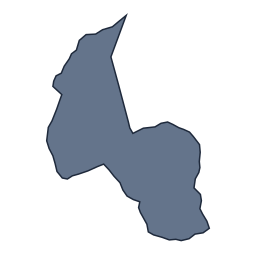 outline of Campestre, Alagoas, Brazil
{"feature_id": "56859067B46779863168741", "entity_name": "Campestre", "entity_type": "district", "adm_level": 2, "iso_a3": "BRA", "parent_name": "Brazil", "parent_adm1": "Alagoas", "projection": "orthographic", "projection_center": [-35.539, -8.885], "detail": "fine", "context": "isolated", "style": "filled", "palette": "slate", "viewbox_px": 256, "rotation_deg": 0, "n_neighbors": 0, "source": "geoboundaries", "source_scale": "gbopen_adm2", "svg_char_len": 1033}
<svg xmlns="http://www.w3.org/2000/svg" viewBox="0 0 256 256"><path d="M71.5,53.8L69.3,58.8L64.2,66.2L61.3,73.2L56.1,75.8L53.7,81.2L52.9,86.4L61.8,94.6L59.6,100.8L56.7,109.1L52.0,120.9L48.3,127.4L46.7,140.8L49.1,148.5L52.9,155.8L55.1,163.5L57.0,171.5L62.3,178.0L67.4,179.0L72.4,175.8L78.5,174.1L87.9,170.9L97.4,166.6L103.7,164.1L109.0,169.8L114.0,176.2L120.0,182.7L122.9,190.0L127.1,196.1L133.4,199.6L139.8,201.8L138.6,207.6L140.4,212.5L146.9,224.2L148.3,231.9L153.6,234.9L162.1,237.3L169.3,239.9L175.8,239.3L181.2,240.6L189.1,238.7L195.0,234.1L203.1,232.8L209.3,228.3L206.9,221.2L202.5,213.9L199.9,208.7L201.4,200.7L200.4,194.4L194.0,187.9L195.3,178.8L198.8,172.5L199.9,167.6L199.3,161.6L200.2,152.3L199.5,144.6L193.3,136.5L189.5,132.1L183.6,129.4L178.8,127.7L172.8,124.4L167.6,122.0L161.0,123.3L155.0,126.9L143.3,128.2L132.9,133.4L129.8,128.0L128.3,121.7L118.5,84.7L110.9,56.9L126.2,15.4L118.6,21.6L112.4,26.8L102.6,29.7L95.6,34.1L86.1,34.6L79.3,40.4L76.4,50.1L71.5,53.8Z" fill="#64748b" stroke="#1e293b" stroke-width="1.5"/></svg>